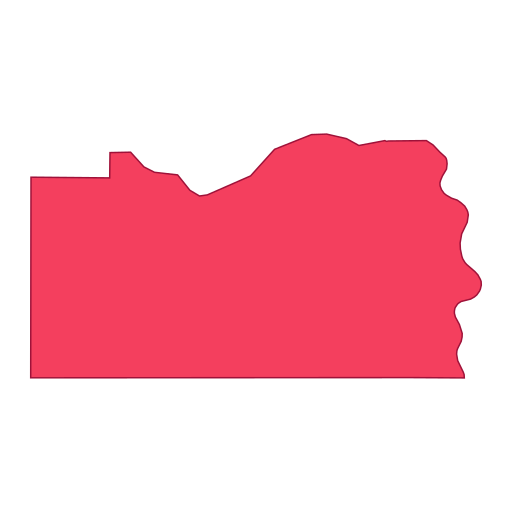 the district of Cass, Nebraska, United States of America
{"feature_id": "52423323B68486838803795", "entity_name": "Cass", "entity_type": "district", "adm_level": 2, "iso_a3": "USA", "parent_name": "United States of America", "parent_adm1": "Nebraska", "projection": "natural_earth1", "projection_center": [-95.933, 40.925], "detail": "fine", "context": "isolated", "style": "filled", "palette": "rose", "viewbox_px": 512, "rotation_deg": 0, "n_neighbors": 0, "source": "geoboundaries", "source_scale": "gbopen_adm2", "svg_char_len": 1137}
<svg xmlns="http://www.w3.org/2000/svg" viewBox="0 0 512 512"><path d="M31.0,177.2L30.7,377.8L410.9,377.6L464.3,377.9L464.1,374.5L463.2,372.0L457.7,360.7L456.6,354.1L456.9,350.7L457.6,348.6L461.2,341.3L462.1,337.0L462.2,333.4L459.4,324.5L455.4,317.1L454.4,313.3L454.4,311.1L454.9,308.3L455.5,307.1L457.5,304.1L458.5,303.2L461.1,301.5L470.6,299.1L474.3,297.0L476.8,294.9L479.5,291.1L480.4,289.0L481.3,285.1L481.1,281.4L480.3,279.3L478.5,276.0L478.0,275.0L474.9,271.6L466.7,264.5L465.0,262.6L462.7,258.8L461.8,256.1L460.4,249.2L460.1,243.0L461.7,233.8L467.2,222.3L468.3,214.9L467.8,212.1L466.9,209.8L464.7,206.1L461.0,202.8L457.2,200.1L451.6,198.2L446.4,195.2L444.1,193.4L441.5,189.7L440.1,185.9L439.9,183.0L440.7,180.1L442.4,176.0L446.5,169.1L447.1,163.8L446.7,160.2L446.1,158.3L445.2,157.0L439.7,152.0L433.1,145.0L426.4,140.6L388.1,141.0L387.2,141.3L386.4,141.3L385.6,141.0L384.9,140.6L358.9,145.5L346.6,138.7L326.7,134.1L311.5,134.6L274.6,149.3L250.6,175.9L207.3,194.9L199.5,196.0L189.9,190.3L177.6,174.9L154.5,172.3L143.9,166.9L130.6,152.2L110.0,152.6L109.7,177.9L31.0,177.2Z" fill="#f43f5e" stroke="#9f1239" stroke-width="1.5"/></svg>